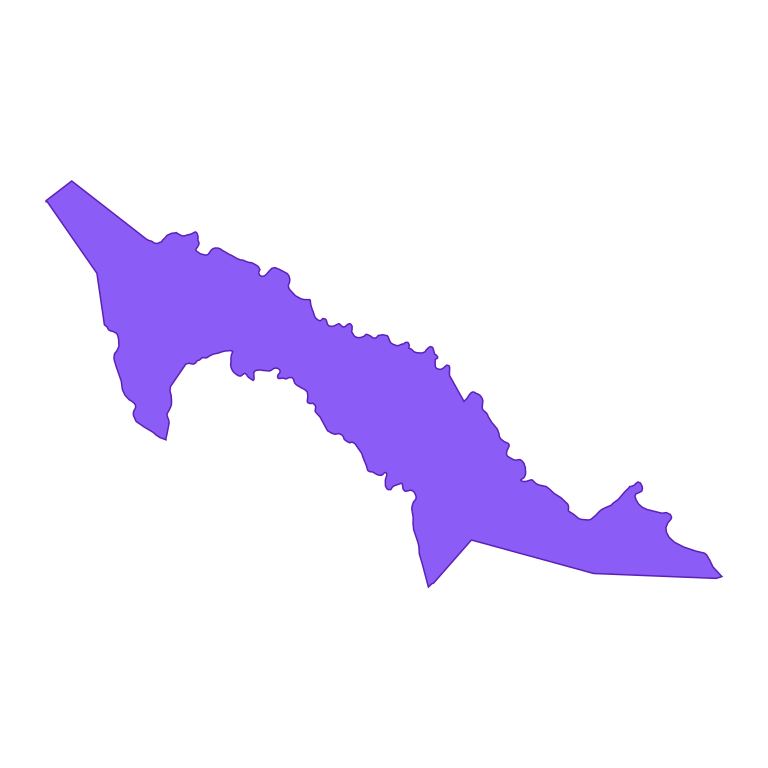 the district of Bois Canot, Praslin, Saint Lucia
{"feature_id": "8701671B32126440612749", "entity_name": "Bois Canot", "entity_type": "district", "adm_level": 2, "iso_a3": "LCA", "parent_name": "Saint Lucia", "parent_adm1": "Praslin", "projection": "natural_earth1", "projection_center": [-60.931, 13.84], "detail": "fine", "context": "isolated", "style": "filled", "palette": "violet", "viewbox_px": 768, "rotation_deg": 0, "n_neighbors": 0, "source": "geoboundaries", "source_scale": "gbopen_adm2", "svg_char_len": 6115}
<svg xmlns="http://www.w3.org/2000/svg" viewBox="0 0 768 768"><path d="M160.0,437.6L166.0,439.8L166.0,437.9L166.8,435.0L169.1,423.2L168.8,420.3L167.1,415.7L167.0,413.8L168.8,410.8L170.9,406.4L171.5,403.8L171.5,399.9L171.1,395.1L170.0,391.2L170.4,386.7L185.9,364.0L189.5,363.2L190.5,363.7L193.4,364.1L194.5,363.7L195.7,362.8L197.3,360.6L199.5,360.0L202.3,357.6L206.5,357.9L210.0,355.7L213.4,354.1L218.4,353.1L220.6,352.2L225.1,351.0L230.8,350.6L232.6,351.4L232.7,351.7L231.5,354.7L231.0,357.5L230.9,362.5L230.6,364.7L231.2,367.9L232.7,371.0L234.1,372.6L237.1,375.0L238.8,375.9L240.4,376.1L241.5,375.6L244.0,373.6L244.7,373.4L245.7,373.8L246.7,374.8L247.4,376.1L248.7,377.5L253.0,380.4L253.8,379.8L254.1,377.9L253.7,372.8L254.9,371.1L255.7,370.6L256.8,370.3L260.6,369.9L262.5,370.4L269.4,371.0L271.0,370.4L273.7,368.5L276.0,368.0L278.3,368.7L279.2,369.3L279.9,370.2L280.1,372.0L279.7,372.8L278.0,374.9L277.6,376.4L277.6,377.3L278.0,378.0L278.6,378.5L280.9,378.4L282.8,378.0L284.8,378.7L286.3,378.9L288.6,377.7L291.4,377.5L292.2,377.9L293.4,379.1L294.6,382.9L295.9,384.4L297.5,385.6L302.0,388.2L304.5,389.4L307.2,391.8L307.8,395.6L307.8,397.2L307.3,400.2L307.4,401.9L307.8,402.6L309.4,403.4L311.2,403.5L312.7,403.2L314.9,405.0L315.3,405.6L315.7,407.7L315.1,410.5L315.3,411.7L320.1,417.1L327.5,430.7L331.1,432.9L333.9,434.0L335.3,434.2L338.0,433.7L339.5,433.7L341.7,434.9L342.5,435.6L343.4,436.9L344.2,439.3L346.0,440.8L348.5,442.3L349.8,442.8L352.1,442.0L354.5,443.4L355.2,444.0L361.8,453.5L362.7,456.6L366.6,466.3L367.5,469.7L367.9,470.5L368.7,471.1L370.0,471.8L371.8,471.8L372.8,472.1L376.9,474.5L379.2,475.2L381.3,475.3L382.4,474.8L384.5,472.8L385.0,472.5L386.0,472.7L386.5,473.3L386.8,474.1L386.6,475.8L385.4,479.6L385.3,480.6L385.4,485.9L386.8,488.6L388.5,489.7L390.8,489.6L392.7,486.7L394.0,485.9L401.6,483.2L402.1,483.5L402.4,484.7L403.1,489.0L403.5,489.8L404.8,491.0L405.5,491.3L410.8,490.2L411.9,490.5L413.9,491.8L414.9,493.4L415.7,495.3L416.1,496.8L416.2,497.8L415.6,499.5L413.4,502.1L412.2,505.8L411.9,507.8L411.9,509.9L413.2,517.5L413.0,523.6L413.7,529.7L418.1,542.9L418.9,546.7L419.3,553.9L422.2,563.6L428.4,587.0L431.9,583.7L433.6,583.1L471.4,540.0L593.7,573.5L716.2,578.4L721.9,576.6L712.9,566.8L709.8,560.3L706.5,554.7L704.4,553.1L695.4,551.0L683.7,547.0L674.5,542.3L669.1,537.3L666.5,532.4L665.9,527.8L667.8,522.9L670.9,519.3L671.6,517.2L670.4,514.6L666.5,512.6L661.9,513.2L647.0,509.5L642.3,507.3L638.5,503.9L636.1,499.8L634.9,496.2L636.1,493.7L638.9,492.7L641.8,491.1L642.5,488.5L642.2,486.5L640.4,483.0L638.0,482.0L635.9,483.4L634.4,485.2L630.9,486.5L629.7,486.5L628.8,487.9L624.4,492.2L618.4,499.3L613.3,503.0L611.0,505.3L605.1,507.8L601.9,509.4L599.6,511.2L595.6,515.4L591.4,519.0L590.0,519.7L588.1,520.0L582.1,519.5L578.9,518.7L573.4,514.1L568.8,511.3L568.4,510.6L568.6,506.9L568.0,504.7L567.7,504.1L561.0,497.7L553.9,493.3L550.1,489.6L546.3,486.6L538.7,484.9L536.8,484.0L535.0,482.7L532.2,479.9L530.4,480.0L525.8,481.5L522.6,481.4L521.5,480.9L520.6,480.1L521.4,479.4L523.8,477.8L524.7,476.5L525.5,474.3L525.7,471.9L525.3,469.2L525.5,468.2L524.0,463.4L522.1,461.0L520.1,459.6L517.9,459.7L516.3,460.2L514.2,459.9L512.4,459.1L508.6,456.9L507.6,456.2L506.9,455.3L506.5,453.5L506.9,450.9L509.1,446.1L509.0,444.4L508.0,443.3L504.0,441.5L500.7,438.9L499.4,436.6L498.9,433.4L497.2,428.9L491.7,422.3L488.3,416.7L487.7,415.1L486.6,413.1L483.1,410.1L482.6,409.3L482.2,407.0L482.9,400.7L482.3,398.8L481.3,396.9L479.8,395.1L478.0,394.1L475.8,393.2L474.1,392.1L472.4,392.0L471.0,392.9L469.1,395.0L467.4,397.9L464.0,401.4L449.8,376.0L449.4,374.5L449.7,367.6L449.0,365.7L446.7,365.1L443.5,367.9L441.2,369.3L439.0,369.3L436.6,368.4L435.2,366.7L435.2,359.5L437.5,358.2L437.7,357.0L436.3,355.1L434.7,354.1L432.9,347.9L432.1,347.1L430.4,346.6L428.8,347.4L426.5,349.6L424.9,351.9L422.1,353.0L417.2,352.8L414.2,351.9L411.4,349.2L408.8,347.9L409.3,345.2L408.3,342.8L407.7,342.4L406.3,342.3L405.1,342.7L403.9,343.8L402.0,344.1L398.4,345.6L396.7,345.6L392.8,344.2L390.6,342.6L389.6,340.6L388.0,336.6L387.2,335.7L383.2,334.8L381.6,334.8L380.0,335.3L378.3,335.4L376.4,337.6L374.8,338.2L373.0,337.9L370.2,335.8L367.3,334.5L365.8,334.4L364.2,336.2L360.7,337.5L358.8,337.7L356.9,337.4L355.4,336.8L354.1,335.8L351.7,331.8L352.1,329.0L352.1,326.1L351.0,324.4L349.9,323.7L349.3,323.7L347.8,324.3L345.2,326.5L343.5,327.0L342.1,326.4L339.4,323.9L338.4,323.8L333.7,326.1L331.4,326.4L329.1,325.9L328.4,325.4L327.4,324.1L326.3,320.1L325.2,319.0L323.2,318.5L322.3,318.9L321.5,319.9L320.4,320.7L319.5,320.6L318.0,320.0L315.6,317.9L314.6,316.2L313.1,311.5L312.1,309.2L310.7,304.4L310.3,300.3L309.7,299.6L304.6,299.6L301.6,299.0L299.9,298.2L295.4,295.7L290.4,290.4L289.1,288.7L288.3,286.1L288.5,284.8L289.5,282.4L289.8,280.1L289.7,278.5L288.7,275.4L287.0,273.4L279.6,269.5L275.0,267.6L271.9,268.3L269.3,270.9L266.2,274.5L264.7,275.7L263.4,276.2L261.5,276.3L259.7,275.2L259.0,273.7L258.8,273.2L258.8,272.1L259.9,269.8L258.7,267.2L257.9,266.3L256.9,265.5L252.8,263.2L250.7,262.5L249.4,262.5L246.7,261.8L243.3,260.2L240.5,259.9L237.1,258.6L231.1,255.1L229.8,254.7L223.9,251.2L222.6,250.6L221.2,249.4L218.3,248.1L215.0,248.0L213.1,248.6L211.4,249.9L208.2,254.3L207.3,254.8L205.4,255.1L200.4,253.8L196.3,251.0L195.9,250.3L196.1,248.9L198.0,246.3L199.0,244.0L198.9,242.4L197.9,240.1L198.1,237.0L197.3,233.9L196.4,232.5L195.3,231.9L190.9,234.1L186.3,235.2L184.9,235.8L182.9,236.0L180.6,235.2L177.0,233.2L176.5,232.6L173.9,233.1L171.9,233.2L167.1,235.3L164.8,238.0L162.8,239.9L161.3,242.0L159.6,242.4L157.6,243.5L154.3,243.1L151.8,241.3L148.4,240.3L146.6,239.3L71.7,181.0L46.1,200.6L46.1,201.8L47.2,201.7L96.9,273.3L104.4,324.8L107.2,327.1L108.1,329.1L109.3,330.3L110.3,330.8L113.2,331.5L116.5,333.4L117.4,334.7L118.2,337.3L118.7,340.3L118.7,343.6L119.0,344.7L118.9,346.3L116.9,350.8L114.7,353.4L114.1,356.0L114.0,358.6L114.3,360.2L116.1,366.3L121.3,381.3L122.2,388.3L122.7,390.3L125.0,395.2L129.2,399.8L131.7,401.2L134.5,403.5L135.5,405.2L135.6,406.5L135.5,407.7L135.1,408.7L133.7,411.1L133.3,413.6L133.5,415.6L135.9,421.0L136.5,421.7L143.8,426.8L152.9,432.2L156.1,435.0L160.0,437.6Z" fill="#8b5cf6" stroke="#5b21b6" stroke-width="1.5"/></svg>